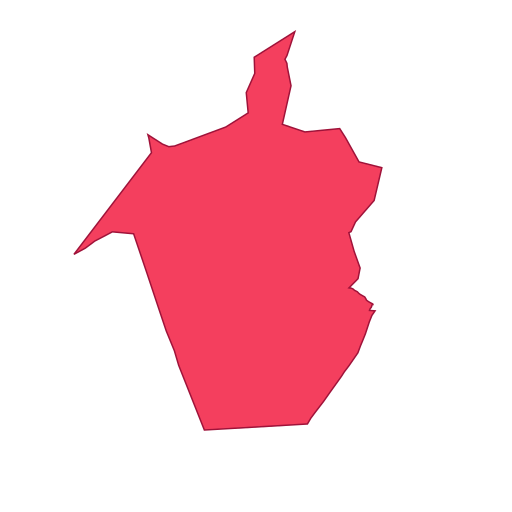 the district of San Miguel Aloápam, Oaxaca, Mexico, rotated 328°
{"feature_id": "50627088B87318974422234", "entity_name": "San Miguel Aloápam", "entity_type": "district", "adm_level": 2, "iso_a3": "MEX", "parent_name": "Mexico", "parent_adm1": "Oaxaca", "projection": "albers", "projection_center": [-96.687, 17.434], "detail": "fine", "context": "isolated", "style": "filled", "palette": "rose", "viewbox_px": 512, "rotation_deg": 328, "n_neighbors": 0, "source": "geoboundaries", "source_scale": "gbopen_adm2", "svg_char_len": 1186}
<svg xmlns="http://www.w3.org/2000/svg" viewBox="0 0 512 512"><g transform="rotate(328 256 256)"><path d="M228.6,95.9L227.7,99.0L222.1,113.0L102.5,158.1L115.4,158.9L127.2,157.9L147.0,159.4L164.0,172.3L154.5,212.5L146.0,247.7L140.2,271.9L136.6,293.0L132.5,307.7L120.0,376.2L195.0,417.2L206.0,423.2L210.6,425.7L216.5,422.6L222.9,420.1L236.3,415.1L246.5,410.8L264.5,403.4L269.6,401.0L276.5,398.4L291.1,392.1L297.2,387.4L300.9,384.8L307.5,380.0L317.2,371.9L322.8,367.8L327.9,365.6L323.4,362.3L324.3,361.5L325.3,361.0L326.4,360.7L327.3,360.1L328.2,359.1L328.7,359.0L329.4,359.2L329.6,358.5L328.9,357.3L328.0,355.8L327.0,353.8L326.3,352.0L326.5,350.5L326.5,348.3L325.5,346.5L323.9,343.5L323.4,342.1L323.0,340.1L322.4,339.0L321.4,337.4L320.8,335.3L319.6,333.6L318.8,333.1L317.9,332.3L330.5,329.3L337.9,321.4L341.7,304.0L347.1,285.4L349.5,285.7L358.5,279.8L385.6,271.5L409.5,247.8L393.2,230.8L394.6,202.9L394.5,192.3L363.2,176.7L348.1,158.3L375.9,130.2L382.7,112.2L384.3,109.0L384.8,104.5L388.5,102.4L407.8,86.3L359.8,86.5L351.7,100.5L334.3,112.3L325.2,130.5L298.7,130.6L245.2,119.6L242.6,118.3L240.0,117.1L236.0,111.6L228.6,95.9Z" fill="#f43f5e" stroke="#9f1239" stroke-width="1.5"/></g></svg>